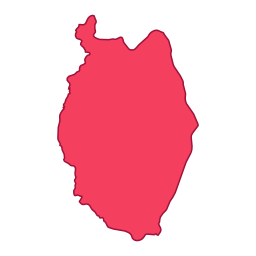 an SVG outline of Upper Takutu-Upper Essequibo
{"feature_id": "GUY-674", "entity_name": "Upper Takutu-Upper Essequibo", "entity_type": "Region", "adm_level": 1, "iso_a3": "GUY", "parent_name": "Guyana", "parent_adm1": "", "projection": "albers", "projection_center": [-59.289, 2.847], "detail": "fine", "context": "isolated", "style": "filled", "palette": "rose", "viewbox_px": 256, "rotation_deg": 0, "n_neighbors": 0, "source": "natural_earth", "source_scale": "10m", "svg_char_len": 4062}
<svg xmlns="http://www.w3.org/2000/svg" viewBox="0 0 256 256"><path d="M85.7,52.1L85.3,51.8L85.3,50.1L85.0,49.7L84.6,49.4L83.7,47.6L81.4,45.5L80.7,44.5L80.9,42.9L81.7,41.7L81.9,40.8L80.5,39.6L77.6,38.7L76.4,37.9L75.6,36.1L75.5,35.4L75.5,34.8L75.7,33.6L75.8,33.2L76.5,32.4L76.6,32.0L76.5,31.5L75.8,30.7L75.7,30.4L76.4,29.2L78.7,26.8L79.1,25.2L79.1,24.7L79.9,24.5L82.4,24.8L83.8,24.6L84.4,24.3L85.0,24.0L85.4,23.5L85.7,23.1L87.9,18.6L88.3,18.0L89.0,17.2L89.6,16.7L90.1,16.3L90.6,16.0L91.2,15.8L92.6,15.4L94.1,15.9L94.6,17.1L94.9,18.2L95.9,20.4L96.1,21.6L96.1,22.4L95.9,22.9L95.5,23.3L95.1,24.3L94.8,25.6L94.9,28.5L95.4,31.4L95.4,32.0L95.1,32.6L94.3,33.5L93.9,34.1L93.6,35.0L93.6,35.7L93.8,36.3L94.3,36.9L94.8,37.4L95.4,37.7L97.6,38.8L98.6,39.1L99.6,39.4L108.7,39.7L112.7,39.0L113.7,39.1L115.1,39.3L115.6,39.3L116.1,39.2L116.5,39.0L119.6,37.5L120.1,37.3L120.5,37.3L120.9,37.2L121.3,37.3L121.8,37.5L122.2,37.8L122.4,38.1L123.0,39.6L123.4,41.3L123.6,42.0L124.0,42.8L128.6,48.7L129.2,49.2L129.7,49.6L130.7,49.9L132.9,49.9L133.7,49.8L134.0,49.7L134.4,49.4L135.5,48.6L137.3,46.7L138.6,45.1L147.6,37.0L148.0,36.5L149.4,34.2L150.4,33.0L151.4,32.2L152.8,31.3L154.5,30.6L155.0,30.4L156.1,30.3L156.6,30.3L157.2,30.3L158.3,30.6L160.3,31.5L163.4,32.8L164.4,34.7L168.6,40.4L171.3,49.8L171.3,50.4L171.3,51.3L170.8,53.3L170.8,54.2L170.9,55.3L173.1,64.1L173.6,65.5L174.1,66.6L180.4,76.0L182.6,80.4L183.0,81.4L183.2,82.9L183.2,84.5L185.5,93.5L185.5,94.8L185.2,97.9L185.3,99.7L185.7,101.7L186.5,103.8L193.6,114.0L197.9,124.0L198.1,125.4L197.9,125.9L192.6,133.0L191.5,135.0L191.4,135.6L191.2,136.5L191.2,137.5L192.0,146.2L191.9,148.2L191.8,149.6L191.5,150.9L190.7,153.2L186.0,162.3L175.3,192.4L172.8,197.1L170.0,201.3L166.6,209.4L165.8,210.5L162.9,213.4L160.5,216.9L160.0,218.4L159.4,222.4L159.4,222.5L158.6,223.5L159.0,224.9L160.3,227.5L160.8,229.0L160.8,230.6L160.4,231.8L158.2,235.1L157.7,235.1L157.1,234.8L156.6,234.6L156.4,234.2L156.0,233.9L155.7,233.8L155.4,233.9L154.5,234.6L154.1,234.7L147.1,234.1L146.1,234.2L145.3,234.8L143.5,237.5L142.4,238.7L141.1,239.6L139.5,240.2L138.1,240.5L136.9,240.6L135.7,240.4L134.3,239.9L132.6,238.5L132.0,237.1L131.6,235.6L130.5,234.0L129.3,233.0L127.9,232.2L127.5,232.1L124.9,231.0L113.6,229.0L109.2,227.6L108.0,227.0L107.2,225.8L105.7,222.6L105.1,221.9L103.9,221.1L103.6,220.0L103.5,218.7L102.7,217.7L102.1,217.6L100.7,218.0L99.9,217.8L99.6,217.5L99.1,216.4L98.9,216.0L98.5,215.8L97.7,215.7L97.4,215.6L96.8,214.9L95.4,212.5L94.8,211.8L92.7,210.1L91.5,208.7L89.7,205.6L88.3,204.4L86.8,204.0L85.6,204.1L84.4,204.4L83.1,204.5L82.3,204.3L81.6,204.0L81.0,203.5L79.5,201.9L79.4,201.3L80.5,199.9L81.9,197.1L81.8,196.3L81.6,196.2L81.2,196.3L80.4,196.1L77.8,195.1L77.0,195.1L75.7,195.6L74.8,195.5L74.2,194.8L73.9,193.4L73.8,191.9L73.8,190.8L74.1,190.1L74.9,188.8L75.2,188.0L75.3,187.4L75.1,185.6L75.2,185.1L75.6,183.9L75.7,183.4L75.5,182.6L74.7,181.2L74.6,180.3L74.8,179.6L75.6,178.4L75.8,177.8L75.8,177.1L75.2,175.0L75.1,172.5L75.5,169.9L75.4,167.6L73.9,165.9L73.3,165.8L72.0,165.7L71.3,165.6L70.5,165.2L68.4,163.4L65.7,162.0L64.4,161.1L63.8,159.8L63.9,159.2L64.6,158.0L64.5,157.3L64.4,156.6L64.3,155.1L64.2,154.3L62.2,149.9L62.0,148.6L62.0,147.8L61.9,147.3L61.3,146.1L61.1,145.9L60.2,145.5L59.9,145.3L59.9,145.1L60.2,144.2L60.3,143.9L58.1,139.7L57.9,138.4L58.3,127.3L59.7,121.8L59.9,120.3L59.7,116.4L60.0,114.7L60.7,113.1L62.5,110.2L62.8,109.9L63.3,109.7L63.7,109.5L63.9,109.1L63.8,108.6L63.3,107.9L63.2,107.5L63.4,107.3L64.3,107.2L64.5,106.9L64.3,106.4L63.7,105.8L63.6,105.4L63.6,104.5L63.9,104.0L64.4,103.5L64.9,102.9L65.8,99.8L66.1,99.2L67.8,96.3L68.5,94.0L68.8,93.9L69.2,93.9L69.6,93.8L70.0,93.5L70.0,93.0L69.6,92.1L69.5,91.7L69.8,88.4L68.7,88.8L68.9,87.6L70.0,84.8L69.5,83.1L68.2,81.7L67.2,80.2L67.2,78.2L68.9,76.3L74.5,74.4L77.0,72.0L78.6,71.3L79.2,70.9L79.6,70.1L79.6,69.5L79.5,68.9L79.6,68.1L80.1,66.4L81.0,65.5L83.8,64.3L85.1,63.3L85.3,62.3L85.0,61.2L84.8,59.6L85.3,58.3L86.2,56.7L87.5,55.4L88.8,54.9L89.4,54.8L89.8,54.5L89.9,54.0L89.8,53.3L89.3,52.7L88.5,52.4L86.3,52.1L85.7,52.1Z" fill="#f43f5e" stroke="#9f1239" stroke-width="1.5"/></svg>